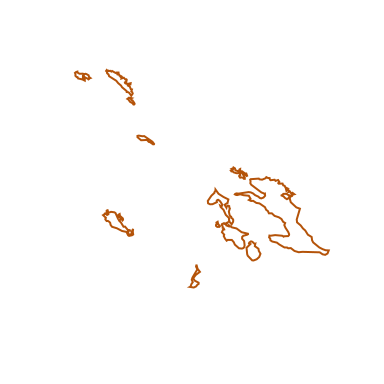 an SVG outline of Milne Bay, rotated 198°
{"feature_id": "PNG-1252", "entity_name": "Milne Bay", "entity_type": "Province", "adm_level": 1, "iso_a3": "PNG", "parent_name": "Papua New Guinea", "parent_adm1": "", "projection": "orthographic", "projection_center": [151.454, -10.028], "detail": "fine", "context": "isolated", "style": "outline", "palette": "amber", "viewbox_px": 384, "rotation_deg": 198, "n_neighbors": 0, "source": "natural_earth", "source_scale": "10m", "svg_char_len": 6115}
<svg xmlns="http://www.w3.org/2000/svg" viewBox="0 0 384 384"><g transform="rotate(198 192 192)"><path d="M71.9,167.7L76.3,167.6L80.7,169.2L83.1,168.2L84.4,168.6L86.9,167.8L92.9,169.1L95.6,170.1L100.4,169.7L102.5,170.3L103.3,172.0L104.6,172.6L104.9,174.5L103.7,174.7L99.6,176.7L93.5,178.1L92.2,178.3L91.1,177.8L90.4,178.5L86.9,179.8L86.4,181.0L86.6,181.9L88.1,183.7L92.2,187.0L94.0,189.1L93.8,191.3L96.1,191.8L98.6,194.0L101.7,194.8L106.1,194.8L109.5,196.4L112.3,195.5L113.9,197.3L116.0,198.0L117.9,200.1L123.2,201.7L124.4,202.0L127.4,201.5L131.1,202.5L133.0,201.7L135.4,202.0L134.2,203.6L136.8,206.0L141.9,204.9L145.5,204.7L148.0,203.1L149.0,202.8L150.5,203.0L150.3,203.6L149.3,204.4L147.1,204.9L138.2,209.4L136.1,209.8L133.5,209.5L131.0,208.5L127.5,208.1L125.7,207.3L124.2,207.3L122.3,208.8L121.3,211.0L122.1,212.9L122.5,212.5L123.3,212.9L125.8,213.0L137.9,217.2L139.2,218.3L139.6,220.2L140.5,221.7L140.2,222.3L132.6,225.4L131.8,224.9L129.1,225.4L126.2,227.9L125.9,229.1L124.2,228.8L122.5,229.2L121.8,227.9L120.9,227.5L117.2,229.2L116.0,228.4L113.8,230.0L112.1,228.6L112.7,227.1L112.1,226.7L108.5,228.0L107.3,226.5L105.8,226.5L104.7,225.3L102.7,225.0L103.8,224.3L102.5,222.2L101.6,223.8L101.2,223.8L99.8,223.0L100.1,221.9L98.9,222.7L97.9,221.7L96.3,221.1L96.7,221.9L96.3,222.3L94.0,221.5L96.2,220.2L96.3,219.2L95.2,219.6L96.1,218.6L96.7,218.4L97.0,219.1L99.1,218.8L101.6,219.4L104.6,218.4L105.0,216.8L106.6,216.4L103.5,216.1L101.8,215.1L99.5,214.5L98.7,215.3L97.8,218.0L97.1,217.3L96.9,215.8L94.9,212.8L88.0,209.6L84.2,209.5L83.9,198.2L82.7,195.6L78.3,193.8L75.2,191.6L72.4,190.4L68.6,187.2L64.3,186.2L62.9,183.2L61.2,181.5L53.8,178.6L50.1,178.0L46.9,177.9L43.9,178.7L44.1,175.4L45.9,173.4L48.5,173.1L51.9,174.1L68.5,169.2L71.9,167.7ZM146.4,170.7L146.6,171.7L143.1,170.7L138.4,171.1L132.4,169.1L125.9,169.6L125.7,169.2L126.5,168.3L129.7,166.2L130.4,164.8L129.9,163.0L127.3,161.5L125.5,157.6L125.3,155.9L125.8,154.6L127.0,153.6L129.9,153.0L135.0,155.2L136.8,157.2L139.3,158.7L143.2,157.5L144.0,156.4L146.2,157.9L148.2,159.9L148.2,161.4L151.1,163.0L150.9,165.5L149.8,166.3L150.7,167.3L151.8,167.4L152.2,168.8L153.6,169.9L153.6,170.7L152.0,172.2L151.4,171.6L150.5,172.3L148.6,174.2L149.4,171.2L149.0,170.8L146.4,170.7ZM265.9,140.8L269.4,142.5L268.2,143.8L268.4,144.1L268.0,144.9L267.4,145.1L265.7,143.9L264.8,144.9L267.1,147.0L267.4,147.9L266.9,148.5L266.6,148.6L265.5,146.9L264.4,146.9L262.9,148.1L259.5,148.7L258.3,148.4L254.5,144.2L253.6,145.5L253.7,146.4L255.0,146.6L254.9,147.7L254.0,148.7L253.2,147.1L249.6,145.5L249.0,144.3L249.3,143.5L250.5,144.4L251.8,144.5L251.5,143.7L251.8,143.1L252.9,142.7L252.3,142.1L250.1,141.0L246.4,137.8L245.0,138.4L241.3,136.1L239.4,136.5L239.0,136.0L240.9,135.3L240.9,134.8L239.4,132.6L238.3,132.0L236.8,132.9L236.9,137.2L236.6,138.7L236.0,135.8L234.8,133.4L235.7,132.3L238.3,130.8L239.4,131.1L242.0,133.8L246.5,133.3L252.3,134.3L257.3,134.2L259.3,135.6L260.3,137.4L261.3,138.0L263.1,138.5L264.2,138.0L265.5,138.8L266.1,139.4L265.9,140.8ZM165.2,190.0L168.8,186.7L171.1,185.9L173.2,186.2L174.2,188.4L172.4,194.5L170.4,198.1L170.6,198.7L170.1,200.5L170.4,201.6L166.2,198.5L160.5,197.0L155.1,196.2L154.8,192.2L155.5,191.9L157.0,189.9L154.4,187.7L154.5,189.2L153.5,190.1L152.3,190.1L151.6,188.6L150.9,188.1L150.9,184.8L149.2,181.8L148.3,180.9L147.1,180.6L146.7,179.5L145.2,179.2L144.1,178.1L143.7,176.3L144.3,173.5L147.0,175.2L147.9,176.2L148.8,178.7L152.8,180.7L156.5,184.8L160.1,186.6L160.9,187.7L159.6,187.4L159.2,188.2L159.4,189.4L162.4,191.9L164.6,192.7L165.4,192.3L165.8,191.1L165.2,190.0ZM310.2,280.2L311.1,280.6L310.8,281.6L310.2,281.2L309.4,281.6L308.6,281.2L307.3,282.0L305.9,281.6L305.4,282.4L301.4,281.6L300.5,282.4L298.8,282.9L298.4,282.0L299.4,281.9L299.6,281.2L299.3,280.8L297.3,281.0L296.7,280.1L295.2,280.3L294.6,280.1L295.0,279.2L294.3,279.0L294.2,278.1L292.2,279.6L290.1,278.4L289.2,278.9L288.7,278.5L288.6,276.9L289.7,275.5L289.3,274.9L288.7,274.7L288.0,275.4L287.1,274.6L284.0,276.5L283.8,275.3L286.0,274.3L285.9,273.4L283.7,273.0L282.0,270.9L280.8,271.0L280.8,268.9L279.7,268.5L278.8,267.3L279.5,264.8L282.4,266.9L283.5,267.2L285.0,266.9L285.4,267.8L290.9,270.0L292.4,271.3L295.8,272.7L298.4,274.4L306.6,276.5L307.7,278.0L309.4,278.7L310.2,280.2ZM120.3,149.9L122.9,155.8L120.4,160.5L121.9,160.7L121.9,161.6L120.6,163.3L119.2,163.3L116.2,161.9L115.8,162.3L115.5,159.9L111.3,158.6L110.3,156.7L107.8,154.4L108.0,150.9L109.7,148.0L112.3,145.9L113.7,145.6L119.3,148.6L120.3,149.9ZM163.1,120.2L165.1,122.3L165.3,124.3L163.1,120.8L159.8,118.5L162.8,114.3L164.2,110.3L161.9,108.5L157.7,107.8L157.3,106.7L158.3,105.3L158.9,103.5L160.8,101.7L164.6,101.1L164.2,101.5L164.1,104.2L163.4,106.5L165.1,108.4L165.1,110.8L163.3,118.7L163.1,120.2ZM338.8,266.5L339.3,268.2L340.1,269.1L339.3,270.3L338.2,271.1L337.8,270.2L335.5,269.7L332.4,270.8L331.6,270.8L331.4,269.4L331.1,269.4L330.7,270.9L329.9,271.5L328.7,271.5L326.4,271.0L325.5,269.6L323.8,269.0L325.4,267.8L324.6,266.7L326.3,267.6L328.8,267.8L329.9,268.3L330.3,267.9L331.4,268.1L331.1,267.1L330.3,267.5L329.6,267.0L329.6,266.3L328.7,265.8L328.4,264.8L331.0,265.2L335.4,264.8L336.4,265.9L337.1,265.6L338.8,266.5ZM256.4,225.5L260.8,227.3L261.2,228.5L260.0,229.2L256.4,229.7L254.7,230.4L245.2,227.6L242.9,226.0L242.9,225.7L243.7,225.3L247.3,226.4L248.6,226.3L250.9,227.6L256.4,225.5ZM150.6,220.5L151.9,221.4L152.1,222.0L151.4,222.9L151.8,223.3L151.5,226.8L151.0,227.2L147.1,226.0L146.1,226.4L144.6,224.5L145.0,224.1L147.6,225.4L150.1,225.5L146.1,221.8L145.9,220.8L146.9,220.6L147.6,221.3L149.9,221.1L150.6,220.5ZM161.7,224.4L160.1,225.7L160.0,226.2L161.3,226.4L160.1,227.5L160.1,228.1L158.4,227.7L157.4,226.1L154.0,226.0L153.8,228.2L153.3,228.7L152.7,226.3L152.9,225.2L153.9,224.1L155.6,223.6L158.6,223.6L160.1,224.4L160.9,223.8L161.7,224.4ZM278.4,262.6L279.2,261.8L277.7,260.6L277.0,260.8L274.6,259.0L273.8,258.1L274.0,257.4L274.7,257.1L276.1,258.1L278.8,258.6L281.2,260.4L282.2,260.6L281.1,262.2L280.5,262.0L279.9,262.5L278.4,262.6ZM158.4,169.2L159.3,170.5L158.4,171.6L157.3,169.7L154.9,168.1L155.2,167.3L157.2,166.6L158.7,167.2L159.0,168.1L158.8,169.1L158.4,169.2Z" fill="none" stroke="#b45309" stroke-width="2"/></g></svg>